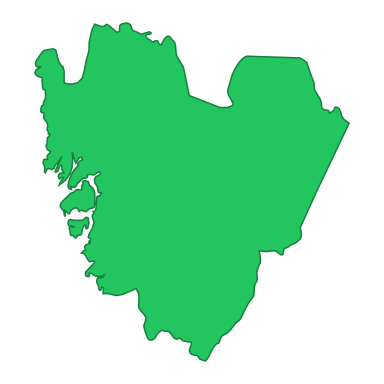 the County of Västra Götaland
{"feature_id": "SWE-3428", "entity_name": "Västra Götaland", "entity_type": "County", "adm_level": 1, "iso_a3": "SWE", "parent_name": "Sweden", "parent_adm1": "", "projection": "mercator", "projection_center": [12.229, 58.206], "detail": "fine", "context": "isolated", "style": "filled", "palette": "green", "viewbox_px": 384, "rotation_deg": 0, "n_neighbors": 0, "source": "natural_earth", "source_scale": "10m", "svg_char_len": 5726}
<svg xmlns="http://www.w3.org/2000/svg" viewBox="0 0 384 384"><path d="M72.1,84.1L77.6,82.8L82.1,78.3L84.6,69.5L85.9,61.6L88.0,54.4L89.0,50.0L89.2,42.1L91.5,31.7L92.3,29.1L93.8,26.4L94.5,24.1L101.9,26.6L104.2,26.2L106.3,24.4L107.5,24.6L109.0,25.6L116.5,32.0L117.5,32.1L118.3,31.9L119.7,30.5L119.7,29.6L119.5,28.1L119.8,25.5L121.4,24.1L126.3,23.0L128.7,23.5L130.4,24.8L132.3,29.7L133.6,30.8L137.9,32.4L140.5,34.0L141.5,34.2L148.9,31.9L150.3,32.2L151.1,32.9L151.0,33.6L150.2,34.2L147.2,34.6L146.2,35.1L145.7,35.9L145.9,36.9L146.5,37.8L150.0,39.9L151.7,41.7L153.2,41.9L155.1,40.9L157.1,40.6L157.8,41.3L159.0,43.7L160.2,44.9L161.1,44.6L162.4,42.8L164.1,39.2L167.0,36.4L168.8,36.2L170.1,37.1L172.0,39.6L173.6,41.0L174.7,42.6L175.4,45.1L176.1,52.7L176.5,55.1L177.2,56.7L183.4,67.2L189.3,95.6L219.9,107.5L227.2,107.5L229.7,106.8L232.3,105.5L233.2,104.6L233.0,103.0L229.2,96.3L228.0,93.6L227.6,91.0L231.2,78.1L232.4,74.5L234.2,70.5L237.2,65.2L239.2,62.3L242.5,58.7L245.3,56.7L247.5,56.2L299.5,57.9L301.6,58.8L306.8,62.5L310.2,73.0L314.0,82.6L314.2,88.2L315.0,90.7L319.8,98.5L321.0,101.4L321.4,103.8L321.6,107.1L322.4,108.7L324.4,109.8L327.8,110.3L328.7,110.8L329.5,112.9L330.2,112.9L333.2,110.8L334.0,110.0L334.4,108.3L334.9,107.6L335.9,107.1L337.5,107.5L339.2,108.8L340.7,112.3L341.8,116.4L343.6,119.0L349.1,123.3L316.6,191.5L300.4,227.3L300.5,229.1L301.4,233.2L301.5,235.1L301.1,237.0L300.1,239.0L298.2,241.0L295.7,242.8L290.2,245.4L289.3,246.4L284.4,248.7L283.8,250.1L283.1,253.7L282.7,254.5L281.8,254.9L280.5,254.6L276.3,251.4L274.4,250.7L265.7,251.7L263.7,251.2L259.1,251.0L260.5,258.1L260.4,262.6L258.3,266.7L256.9,272.2L256.8,274.0L257.3,279.1L257.0,280.8L255.3,283.8L254.4,286.3L254.0,294.6L253.3,296.8L249.5,301.5L246.0,307.5L241.4,317.2L240.3,319.1L239.3,320.3L235.7,323.2L230.5,329.9L227.0,333.1L222.1,335.9L220.7,337.8L219.2,342.2L218.7,343.1L216.8,343.7L215.1,345.2L213.0,348.1L208.4,357.2L207.0,359.2L205.3,361.0L200.1,359.3L198.5,357.2L197.7,355.9L197.0,355.3L193.8,355.0L191.4,354.3L190.1,352.9L189.4,350.7L189.5,349.1L191.4,344.6L191.5,342.7L191.3,342.3L183.9,341.1L182.4,340.4L180.1,338.2L179.4,338.2L177.1,339.2L175.9,339.1L174.0,338.1L170.2,332.9L168.9,331.7L167.8,331.2L165.2,331.2L162.0,330.4L161.0,330.6L157.3,334.1L155.2,337.7L154.2,338.9L151.7,340.1L149.4,339.9L148.5,339.3L147.4,337.6L144.7,330.1L144.1,327.5L143.9,325.4L145.8,319.8L146.0,318.4L145.8,317.2L143.8,314.0L141.1,311.2L139.1,308.5L138.7,307.2L138.6,306.0L139.0,298.8L138.7,293.8L136.2,288.6L122.9,294.3L116.5,295.6L106.9,293.4L103.2,293.9L103.1,292.0L103.5,287.9L101.8,286.9L101.4,289.2L100.4,290.3L99.3,290.1L98.8,288.5L98.5,286.1L97.0,283.0L96.6,281.4L97.4,278.1L102.9,277.5L104.1,274.9L102.3,276.0L97.5,276.5L95.4,276.0L91.1,273.4L89.2,273.2L89.5,276.0L88.4,276.5L86.8,276.4L85.6,275.6L85.5,273.9L85.7,271.9L93.7,263.6L94.5,262.5L94.3,261.4L92.7,261.0L90.8,261.3L89.5,261.9L87.4,259.0L85.8,255.8L84.0,253.5L81.4,253.2L83.3,250.9L85.5,249.9L84.6,246.6L85.7,244.9L90.2,243.2L90.2,242.2L89.0,242.2L89.0,241.1L90.2,240.5L90.7,239.0L88.2,237.4L88.8,234.6L92.5,227.9L93.6,224.0L93.9,221.7L92.2,216.5L92.4,215.0L93.7,213.7L93.1,211.5L95.1,211.0L96.0,208.1L96.8,197.5L97.1,196.5L100.0,195.6L100.7,194.6L101.2,192.8L99.9,193.0L98.7,192.5L98.0,191.2L97.4,186.9L94.8,182.8L94.4,179.0L95.8,176.7L100.6,174.0L99.6,172.0L97.8,172.4L94.2,175.0L89.5,174.5L87.4,175.0L87.3,177.2L86.1,178.1L83.3,178.1L78.2,182.8L75.0,187.3L72.6,187.3L70.4,186.1L71.5,189.5L68.7,188.5L67.9,186.1L68.5,182.5L69.8,178.4L71.7,173.9L73.9,170.4L78.5,165.1L77.3,164.0L78.5,162.2L79.8,161.0L82.6,159.6L81.1,157.1L79.1,158.1L75.7,163.0L74.8,160.9L72.7,152.9L72.1,152.9L72.7,157.7L72.5,163.3L71.7,168.8L70.1,173.5L67.7,177.3L65.3,180.3L59.3,185.0L60.1,182.7L61.0,180.9L63.4,178.4L63.4,177.2L62.1,177.4L59.6,178.9L58.8,178.4L58.3,176.4L58.8,174.6L59.8,173.4L63.8,172.6L61.6,169.0L61.7,165.1L60.3,165.2L59.5,166.6L58.2,170.6L57.2,171.7L55.9,172.2L55.1,171.9L55.6,170.1L58.5,163.5L60.3,160.2L61.7,156.2L61.0,158.0L57.3,163.2L55.3,165.1L54.1,168.4L51.8,169.6L49.4,168.6L47.3,168.7L45.4,172.9L44.5,171.9L44.4,170.8L44.8,167.9L44.5,166.5L43.1,163.0L43.5,160.1L44.7,159.1L47.7,159.6L47.1,156.3L47.9,154.7L49.4,153.6L50.7,151.8L47.6,149.8L46.2,146.6L46.0,145.7L46.6,144.3L47.1,144.0L47.2,139.1L47.4,137.9L49.5,135.5L50.0,134.0L48.3,134.0L48.6,132.0L47.5,130.7L47.1,129.5L47.2,128.1L47.7,126.5L47.7,125.1L46.9,122.7L43.6,117.8L44.2,113.1L43.8,112.7L41.6,112.7L40.8,111.4L40.9,108.4L41.8,105.7L43.6,105.0L43.3,102.8L45.4,98.1L45.5,96.7L45.4,90.9L44.9,90.0L43.0,89.0L42.5,87.5L42.5,83.6L42.3,81.9L41.9,80.3L42.5,77.9L38.2,76.5L35.9,74.9L34.9,72.8L35.7,70.3L37.5,68.8L41.3,66.6L37.8,66.9L36.2,66.2L35.5,63.8L35.9,61.8L36.7,60.0L42.2,52.0L44.4,50.3L53.0,48.8L55.8,50.1L57.0,54.8L57.7,58.3L59.1,62.0L60.9,65.0L62.2,66.6L62.9,66.6L64.2,71.7L64.1,82.3L66.7,83.8L72.1,84.1ZM94.2,190.6L94.8,193.6L94.9,197.2L94.8,204.4L94.0,207.4L92.1,208.3L89.9,208.6L85.8,211.8L81.3,210.2L79.1,211.5L77.7,208.5L75.4,207.8L72.9,208.7L71.0,210.4L69.5,213.8L67.8,213.2L65.1,210.4L65.1,216.0L64.6,216.0L63.7,211.0L61.0,207.9L60.2,206.5L60.4,204.2L62.1,201.7L70.5,193.4L73.5,192.3L76.8,189.5L80.7,190.0L82.0,189.5L81.6,187.7L81.7,186.1L82.3,184.8L83.2,184.0L82.6,181.7L84.0,180.8L85.4,180.7L88.4,181.7L89.4,185.3L92.7,188.0L94.2,190.6ZM88.4,218.2L88.4,220.9L88.6,221.9L89.0,222.6L87.8,227.9L86.8,228.8L86.0,228.7L85.7,227.6L86.1,225.7L84.7,225.1L83.4,226.6L82.4,229.1L81.7,233.4L80.9,234.7L80.0,235.3L78.2,234.9L76.2,237.9L75.0,237.8L73.3,235.7L71.0,235.5L70.5,234.9L70.1,231.6L69.2,228.7L69.5,227.4L70.4,226.7L72.8,227.2L73.9,226.9L72.2,226.0L70.2,226.0L68.6,225.5L68.0,223.1L68.7,220.2L70.3,219.4L73.9,220.3L81.7,220.3L83.6,219.5L85.0,218.1L86.5,217.2L88.4,218.2Z" fill="#22c55e" stroke="#15803d" stroke-width="1.5"/></svg>